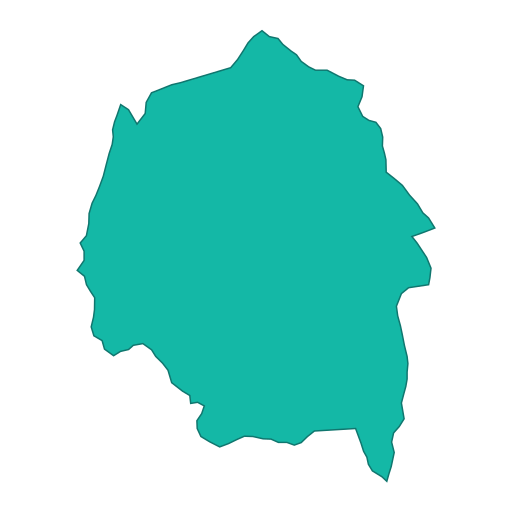 Manduri, São Paulo, Brazil
{"feature_id": "56859067B58840699865224", "entity_name": "Manduri", "entity_type": "district", "adm_level": 2, "iso_a3": "BRA", "parent_name": "Brazil", "parent_adm1": "São Paulo", "projection": "orthographic", "projection_center": [-49.301, -23.049], "detail": "fine", "context": "isolated", "style": "filled", "palette": "teal", "viewbox_px": 512, "rotation_deg": 0, "n_neighbors": 0, "source": "geoboundaries", "source_scale": "gbopen_adm2", "svg_char_len": 1806}
<svg xmlns="http://www.w3.org/2000/svg" viewBox="0 0 512 512"><path d="M262.0,30.7L253.7,36.6L248.1,42.8L243.3,50.7L237.6,59.5L230.7,67.7L180.1,82.8L171.9,84.7L151.5,92.8L146.2,102.4L145.2,113.5L137.0,124.1L128.5,109.7L120.7,104.6L117.0,115.4L114.6,121.7L112.6,129.8L113.3,136.8L112.2,144.4L109.2,153.4L106.1,165.2L103.3,176.2L99.6,186.3L95.9,195.5L92.1,203.2L89.1,213.5L88.8,223.6L86.4,235.7L80.2,243.0L84.1,251.2L84.1,260.4L77.2,270.4L84.5,276.3L86.5,284.7L90.6,291.5L94.7,297.7L94.5,309.6L93.5,317.3L91.2,326.9L93.9,335.8L102.1,340.6L104.5,349.1L113.6,355.7L120.5,351.4L128.6,349.5L133.3,345.3L142.9,343.6L151.6,349.8L155.7,356.4L162.5,363.1L168.0,370.2L171.7,382.7L182.6,391.2L189.8,395.5L190.7,403.4L197.6,402.3L204.3,405.9L201.7,413.6L196.9,420.7L197.2,428.5L200.9,436.5L209.7,441.8L219.7,446.9L228.5,443.6L236.9,439.5L244.4,436.2L252.9,436.5L263.1,438.8L271.0,439.1L278.4,442.4L286.9,442.4L294.3,445.1L301.2,442.6L307.5,436.5L314.4,431.0L355.6,428.5L361.0,443.1L363.6,451.3L366.9,457.2L368.4,464.3L372.4,470.9L382.0,476.8L386.8,481.3L389.0,473.5L391.2,466.6L394.2,452.5L391.6,442.1L393.6,432.9L399.2,426.6L404.1,418.8L401.4,403.0L403.8,393.8L405.8,386.5L407.1,379.0L407.1,372.1L407.9,363.6L407.1,356.5L404.4,345.4L402.3,334.7L400.4,325.7L397.7,315.9L396.4,306.2L401.4,293.6L408.6,287.7L428.6,284.7L429.9,277.8L431.0,268.2L426.6,257.5L417.1,243.1L411.9,236.5L424.2,232.1L434.8,228.0L428.6,218.0L422.8,212.8L417.5,203.9L409.5,195.1L402.4,185.4L393.7,178.1L386.2,172.2L385.9,159.7L384.4,153.1L382.4,146.0L382.7,137.1L380.7,128.6L375.9,122.3L368.9,120.4L362.7,116.4L357.9,106.7L362.0,96.8L363.5,85.8L354.6,80.2L347.1,79.8L338.6,76.2L327.1,70.2L315.5,70.2L308.6,66.8L301.2,61.4L296.5,54.8L291.0,51.0L282.8,44.4L278.0,38.5L269.3,36.6L262.0,30.7Z" fill="#14b8a6" stroke="#0f766e" stroke-width="1.5"/></svg>